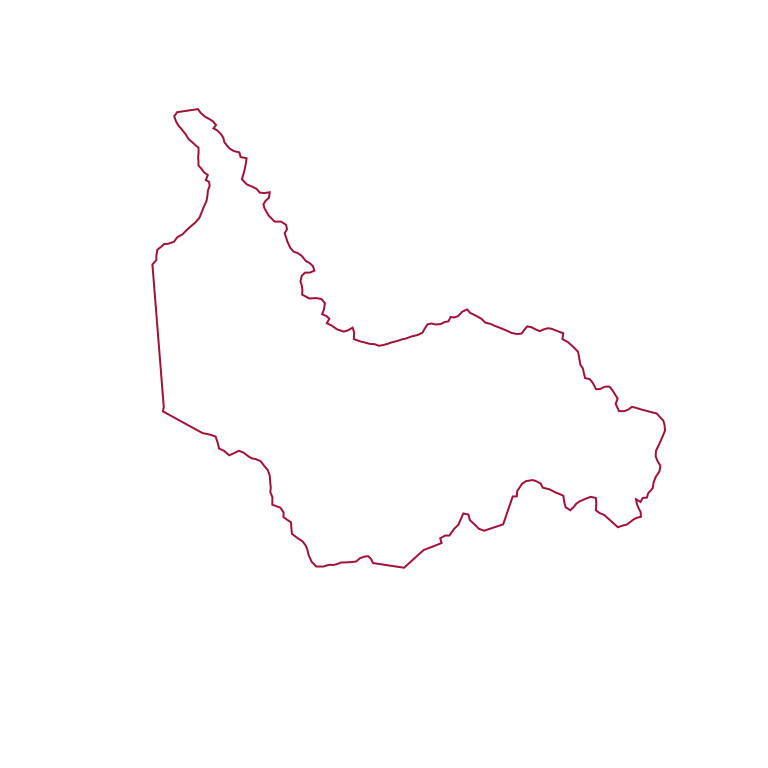 Calmon, Santa Catarina, Brazil, rotated 200°
{"feature_id": "56859067B66018065458430", "entity_name": "Calmon", "entity_type": "district", "adm_level": 2, "iso_a3": "BRA", "parent_name": "Brazil", "parent_adm1": "Santa Catarina", "projection": "mercator", "projection_center": [-51.016, -26.631], "detail": "fine", "context": "isolated", "style": "outline", "palette": "rose", "viewbox_px": 768, "rotation_deg": 200, "n_neighbors": 0, "source": "geoboundaries", "source_scale": "gbopen_adm2", "svg_char_len": 3888}
<svg xmlns="http://www.w3.org/2000/svg" viewBox="0 0 768 768"><g transform="rotate(200 384 384)"><path d="M95.9,377.9L97.0,384.1L96.9,389.6L95.3,395.9L96.3,401.7L100.6,405.1L104.0,409.0L105.6,414.4L104.8,421.6L104.3,429.3L104.0,436.4L106.4,441.5L109.0,445.1L113.2,447.2L117.7,449.6L121.9,449.1L127.5,448.6L133.9,448.0L139.6,447.8L143.2,447.3L145.6,443.6L149.0,440.6L153.9,438.9L159.5,444.5L159.5,450.3L162.9,452.9L167.3,456.3L171.2,458.7L175.6,457.0L179.1,453.3L183.0,451.6L188.1,456.4L192.3,458.9L197.1,458.4L200.1,462.9L202.6,466.8L205.9,469.1L208.2,472.9L210.6,477.2L212.8,480.7L218.4,483.4L225.6,486.3L231.7,487.2L232.9,493.0L237.5,493.0L241.7,493.1L245.5,493.2L249.0,492.5L252.8,489.8L255.6,487.0L259.5,487.1L265.1,487.8L269.1,487.1L270.7,482.9L271.9,478.5L276.0,476.5L281.4,475.6L285.4,476.0L291.0,476.3L296.2,476.5L299.9,476.5L304.7,476.9L309.7,476.3L314.7,478.6L320.8,479.6L327.4,480.3L331.4,482.5L335.2,478.7L337.6,473.2L340.7,470.5L344.3,469.8L344.9,464.9L348.3,462.9L351.3,459.6L355.9,457.6L360.0,457.1L363.5,454.9L364.6,450.4L365.4,445.5L369.2,441.5L374.5,438.0L378.7,434.4L382.5,432.0L386.1,429.1L390.4,426.2L394.9,422.6L397.9,420.4L401.8,418.2L406.4,418.2L411.4,416.8L416.7,416.4L420.9,415.9L427.7,415.9L429.7,422.3L432.8,426.2L436.6,421.7L439.8,419.5L446.7,419.3L453.1,421.0L458.5,421.6L457.7,426.7L461.3,428.2L466.0,428.4L465.9,433.7L467.2,439.8L471.8,442.4L477.0,441.6L483.4,438.8L491.5,440.0L492.7,444.0L494.5,447.8L497.6,451.8L498.3,457.6L496.3,461.6L491.7,463.4L488.2,466.7L491.1,470.5L495.3,472.2L499.6,472.9L505.0,476.2L510.3,477.6L514.1,477.4L518.8,480.0L523.4,484.7L528.9,491.7L528.1,496.3L530.5,500.1L536.2,501.4L542.4,499.2L550.0,502.9L556.5,508.3L558.8,511.7L557.9,515.7L555.8,519.7L557.0,525.1L562.0,522.4L566.3,521.4L570.5,523.8L575.5,524.4L581.0,524.6L587.6,527.8L588.0,535.5L589.0,542.6L590.3,549.1L596.4,548.2L599.1,552.2L604.7,551.5L609.9,552.5L616.6,556.5L619.3,560.5L622.8,563.1L627.5,565.3L631.7,565.9L630.4,569.9L635.1,572.5L639.1,573.3L643.4,573.9L649.1,576.1L652.8,578.7L671.3,568.7L672.7,563.8L669.2,559.6L665.8,556.7L661.2,554.1L655.6,550.7L651.4,547.3L646.8,545.6L643.1,544.0L639.1,542.6L637.5,538.4L636.2,533.5L634.5,529.7L633.0,525.8L629.6,524.1L625.5,521.3L621.0,520.1L621.2,514.7L617.5,514.1L615.6,510.6L615.6,505.5L614.3,500.5L613.4,495.2L613.9,488.7L614.1,482.9L614.3,476.9L616.6,471.1L619.6,465.8L622.4,460.5L624.6,455.6L628.4,451.3L630.0,445.9L634.8,441.9L638.3,440.5L640.3,436.8L642.9,432.6L641.7,426.4L640.3,422.6L642.5,417.1L583.1,287.1L582.4,282.7L561.4,279.4L537.7,275.8L533.9,276.4L530.1,276.9L524.4,277.1L520.1,271.8L516.9,266.9L511.4,266.5L505.1,264.0L501.5,267.5L497.6,271.6L492.7,271.5L487.2,269.8L483.0,268.9L478.8,269.6L473.6,269.3L468.4,266.0L463.7,263.3L459.9,258.6L457.1,252.2L454.9,247.8L453.9,243.5L450.1,239.4L447.7,232.4L439.0,232.3L434.4,228.9L433.0,224.6L429.3,223.5L424.1,222.2L422.1,217.7L419.3,211.7L412.9,209.7L406.8,208.3L402.4,205.5L399.2,201.9L396.2,197.3L391.2,192.2L385.2,189.3L378.6,191.7L373.8,195.3L369.7,196.6L366.6,198.6L363.4,201.5L358.4,203.5L353.3,205.7L349.5,207.7L346.9,212.2L343.5,215.0L340.1,216.8L336.6,215.3L333.0,212.0L302.3,218.2L290.0,241.5L275.5,254.2L278.4,258.2L274.7,262.5L270.7,264.0L269.5,268.5L268.3,272.5L265.9,277.3L265.6,282.9L265.2,289.5L260.1,290.2L256.8,285.5L250.6,282.9L245.3,280.4L239.7,280.4L224.0,292.9L224.6,322.3L220.8,323.8L222.2,329.0L221.2,333.1L220.2,337.4L217.2,341.4L211.4,344.6L207.3,344.7L202.6,344.0L199.4,340.9L192.5,341.6L185.3,340.7L181.6,340.7L177.2,340.3L174.6,335.2L171.2,330.3L165.7,329.1L163.6,333.6L162.3,337.4L160.1,340.5L155.5,344.9L151.3,348.6L146.0,349.4L143.6,344.3L141.8,337.8L137.4,336.5L132.2,336.2L115.2,329.4L111.5,332.5L107.8,334.9L105.2,338.9L103.0,342.3L100.4,345.0L97.2,347.0L99.0,351.4L102.2,354.3L105.6,358.1L107.7,361.9L102.6,360.9L101.9,365.4L98.1,367.2L98.4,371.6L95.9,377.9Z" fill="none" stroke="#9f1239" stroke-width="2"/></g></svg>